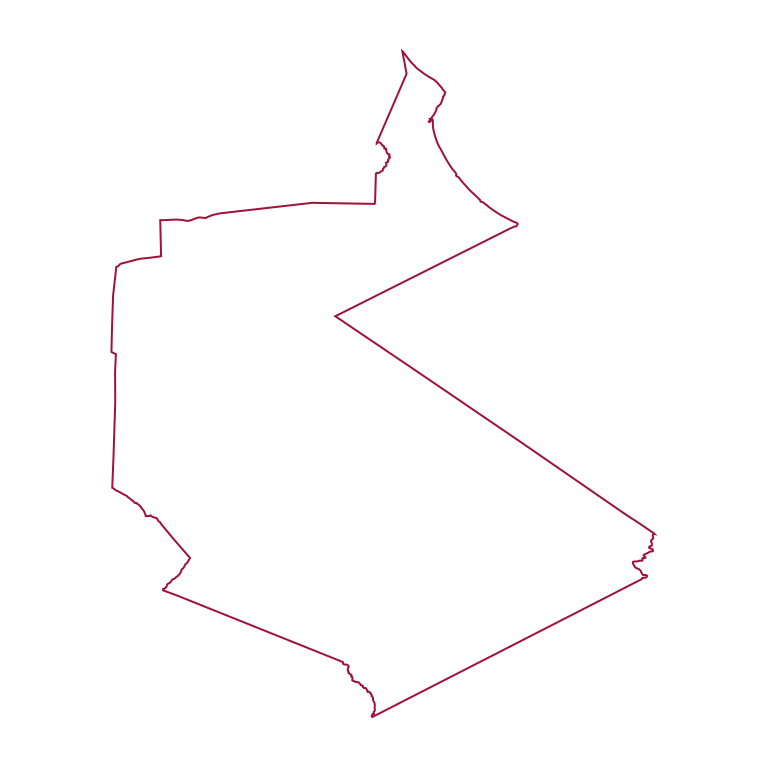 Garsen, Coast, Kenya, rotated 271°
{"feature_id": "3690345B81879504162306", "entity_name": "Garsen", "entity_type": "district", "adm_level": 2, "iso_a3": "KEN", "parent_name": "Kenya", "parent_adm1": "Coast", "projection": "equal_earth", "projection_center": [39.873, -2.426], "detail": "fine", "context": "isolated", "style": "outline", "palette": "rose", "viewbox_px": 768, "rotation_deg": 271, "n_neighbors": 0, "source": "geoboundaries", "source_scale": "gbopen_adm2", "svg_char_len": 6063}
<svg xmlns="http://www.w3.org/2000/svg" viewBox="0 0 768 768"><g transform="rotate(271 384 384)"><path d="M173.8,166.7L169.3,179.7L105.3,347.6L105.0,347.9L103.8,347.9L103.5,348.1L103.2,348.3L102.9,349.4L102.8,351.1L102.7,352.0L102.3,352.6L101.2,353.6L100.3,353.6L99.8,353.1L99.5,352.9L98.9,352.8L97.8,352.9L97.0,352.7L96.4,353.0L95.8,353.6L95.4,353.5L94.8,353.8L94.5,353.6L94.2,354.2L93.2,355.2L93.1,355.7L92.7,356.4L92.3,356.4L91.7,356.2L91.5,356.4L91.2,357.0L90.6,357.1L90.3,356.9L90.0,357.2L89.5,357.5L89.2,357.8L87.5,357.4L87.2,357.4L86.9,357.6L86.4,358.7L86.3,359.6L86.1,360.1L85.7,360.3L85.6,360.8L85.5,361.3L85.6,361.9L85.4,363.6L84.6,364.3L84.1,364.6L83.8,365.2L83.3,365.9L83.0,365.9L82.4,366.2L82.1,367.1L82.1,367.6L82.0,367.9L81.6,367.9L81.1,368.3L80.5,368.3L80.3,368.7L79.8,369.1L79.7,369.4L79.7,369.9L79.8,370.3L79.8,370.8L79.1,371.2L79.0,371.6L78.7,371.8L77.7,372.4L76.9,372.5L75.8,373.2L76.2,374.0L76.1,374.6L75.5,375.0L74.9,375.9L74.5,375.8L74.2,375.8L73.8,376.5L73.3,376.9L72.2,377.3L72.0,377.1L71.7,377.1L70.7,378.1L70.1,378.4L67.8,378.6L66.1,379.4L64.9,380.1L62.6,380.4L59.9,380.3L58.4,380.6L57.0,380.4L56.7,380.2L56.4,379.8L55.2,379.3L54.4,379.8L54.1,379.8L53.9,379.5L53.7,378.5L53.6,378.1L53.3,378.0L52.5,377.9L51.6,377.5L51.3,377.6L50.8,378.1L193.4,645.1L194.3,645.5L194.6,645.9L194.8,646.7L194.9,649.0L195.1,649.5L195.4,649.8L196.2,650.3L196.8,650.4L197.0,650.2L197.3,649.9L197.5,649.5L197.6,648.5L197.4,647.0L197.5,646.6L197.8,646.0L198.6,645.5L200.6,644.3L201.7,643.9L202.7,643.0L202.9,642.7L203.5,641.7L204.4,639.4L205.1,638.3L205.6,637.9L207.1,637.1L208.3,636.3L209.2,636.0L210.0,635.9L210.4,636.0L210.6,636.2L210.8,636.5L211.0,640.2L211.9,642.8L211.9,643.3L211.7,644.7L211.8,645.2L212.2,645.5L212.5,645.6L214.1,645.3L214.3,645.6L214.4,645.9L214.5,647.6L214.6,648.0L214.8,648.4L215.5,648.3L215.7,648.0L216.4,647.1L217.0,646.6L217.5,646.6L217.8,646.9L218.6,648.3L219.3,650.0L221.1,653.0L221.2,653.5L221.3,655.4L221.6,655.7L221.9,655.9L222.3,655.9L222.6,655.9L223.1,655.5L223.6,654.9L223.9,654.4L224.6,652.2L225.0,651.9L225.4,651.9L226.0,652.2L226.3,652.4L226.7,653.9L226.9,654.3L227.5,654.6L229.2,654.6L231.2,653.8L231.9,653.7L232.6,654.1L233.6,655.3L234.4,655.9L234.8,655.9L236.1,655.5L236.9,655.4L238.0,655.5L238.5,655.7L238.7,655.8L238.9,656.1L238.7,657.1L239.2,656.6L241.6,653.1L248.2,643.1L257.7,628.0L329.0,520.7L397.3,416.5L450.9,334.1L541.5,507.0L543.7,511.6L543.8,512.8L544.0,513.5L545.8,514.8L546.4,514.9L546.7,514.7L547.4,514.0L547.6,513.6L548.0,512.1L548.3,511.3L549.7,508.3L554.9,497.9L557.6,493.4L560.5,489.0L563.3,485.0L563.8,484.6L567.4,479.7L567.7,479.0L568.0,477.5L568.4,477.2L569.7,476.8L578.2,467.5L579.8,465.8L585.7,460.3L589.2,457.2L591.4,455.5L592.2,454.8L592.5,454.3L592.9,453.1L593.4,452.5L593.7,452.4L594.3,452.7L594.8,452.6L596.2,452.0L601.6,447.5L606.7,444.1L610.3,441.9L618.9,437.1L622.5,434.9L625.5,433.4L628.0,432.4L633.4,430.5L639.3,428.9L642.7,428.4L648.6,428.2L649.2,427.9L649.5,427.6L649.4,427.2L647.0,425.4L646.7,425.0L646.7,424.5L647.0,424.2L649.4,425.8L649.7,425.7L649.9,425.5L650.0,426.1L650.2,426.4L651.8,427.4L654.8,429.7L655.6,429.8L656.2,430.3L659.0,431.6L660.9,431.8L661.8,432.7L662.5,432.9L662.7,433.1L663.3,434.1L664.0,434.6L664.8,435.7L665.7,436.2L667.3,436.6L670.6,437.8L672.3,438.0L672.9,438.5L673.3,439.0L673.7,439.3L674.1,439.3L674.8,439.7L675.6,439.7L676.2,440.1L676.4,440.2L676.8,440.1L678.7,438.4L679.6,437.4L680.6,437.1L681.8,436.0L686.4,431.8L687.4,430.7L688.7,429.3L689.6,427.7L692.2,423.0L695.3,418.1L699.1,412.9L701.2,410.3L702.9,408.9L703.7,408.0L705.3,406.3L707.2,404.5L716.9,396.9L717.2,396.5L709.8,398.0L705.6,399.0L704.0,399.2L695.3,401.0L694.9,401.1L694.2,401.0L624.9,372.5L624.4,372.5L625.4,373.6L625.5,373.9L625.6,374.3L625.4,375.4L624.6,376.7L623.4,377.6L622.8,378.2L622.5,378.2L622.2,378.4L622.3,378.9L621.4,380.0L619.6,380.2L619.3,380.4L619.4,381.9L619.1,382.1L618.9,381.9L618.0,382.1L617.1,382.3L615.1,382.9L614.2,383.8L614.0,384.3L613.7,385.3L613.4,385.6L613.1,385.5L612.8,385.2L612.4,385.2L612.0,385.0L611.5,385.1L611.2,385.9L610.8,386.0L610.1,385.7L609.2,384.8L608.0,384.1L607.4,384.1L607.2,384.4L606.5,384.3L606.1,383.9L605.7,383.1L605.3,382.1L604.1,382.5L603.2,382.6L602.0,382.3L601.2,381.1L600.8,380.2L600.5,380.2L599.8,379.9L599.0,379.2L598.7,379.1L598.4,379.2L597.6,379.0L597.4,378.7L596.9,378.3L596.3,377.1L595.0,375.2L594.8,374.8L595.0,373.6L595.0,373.1L594.2,372.2L565.0,371.9L563.9,371.4L563.9,308.3L563.5,306.1L563.1,303.0L551.8,217.4L551.5,215.7L550.6,212.2L549.8,209.3L548.2,205.3L546.8,202.7L547.2,198.6L547.3,197.1L547.3,195.9L547.0,194.8L546.7,193.8L544.3,187.8L543.8,185.9L543.7,184.8L543.7,183.6L544.5,179.5L544.6,177.4L544.8,173.3L544.0,161.5L543.9,157.4L507.9,158.9L507.5,156.8L506.2,148.1L505.0,138.2L503.9,133.8L499.6,118.6L499.2,118.0L497.0,116.0L496.4,114.3L467.7,111.6L439.3,111.1L411.3,110.9L409.1,115.4L390.8,114.9L361.6,115.6L306.3,114.8L275.5,114.1L275.1,115.0L274.5,115.9L273.2,117.5L272.0,119.9L271.6,121.0L271.1,122.0L270.4,123.0L267.6,128.7L266.8,129.6L266.0,130.3L265.3,131.6L264.0,133.1L263.4,134.1L262.9,134.6L262.3,135.6L262.0,135.9L261.0,136.5L260.7,137.5L260.6,138.7L260.4,139.2L260.2,139.4L259.9,139.4L259.6,139.7L259.1,140.8L258.0,141.7L257.1,143.0L256.5,143.4L255.9,143.5L254.7,144.7L252.4,146.4L250.4,147.2L248.8,148.0L248.2,148.0L247.8,148.0L247.7,149.0L248.0,151.9L248.2,152.2L248.4,152.3L248.6,152.6L248.4,153.1L247.9,153.5L247.0,155.1L246.7,156.1L246.5,157.2L246.2,157.6L246.1,158.5L245.8,159.1L245.3,159.6L244.8,159.7L244.2,160.2L243.2,160.7L242.3,161.8L241.7,162.7L240.9,163.2L240.2,163.5L224.1,177.4L206.7,193.1L201.5,190.2L200.5,188.7L197.2,187.1L196.7,186.7L196.1,186.2L195.8,185.8L195.6,185.4L195.3,185.1L194.2,184.6L193.4,184.6L192.9,184.3L191.1,183.4L190.1,182.7L189.7,182.3L189.3,181.7L188.9,181.6L188.4,181.1L187.2,179.4L185.8,178.0L185.1,176.3L184.9,175.9L184.5,175.5L183.6,175.1L182.0,173.8L181.5,173.3L181.1,172.4L180.3,171.2L179.5,170.6L179.1,170.5L177.8,170.2L177.1,169.7L176.3,168.9L175.6,168.0L175.1,166.7L174.9,166.7L174.1,166.8L173.8,166.7Z" fill="none" stroke="#9f1239" stroke-width="2"/></g></svg>